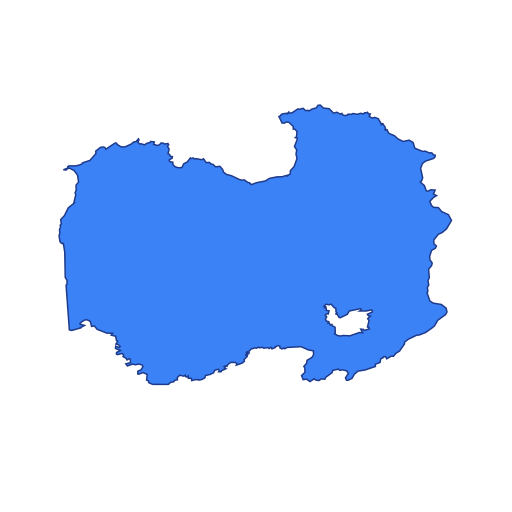 Sukabumi, Jawa Barat, Indonesia, rotated 77°
{"feature_id": "22746128B66929526216355", "entity_name": "Sukabumi", "entity_type": "district", "adm_level": 2, "iso_a3": "IDN", "parent_name": "Indonesia", "parent_adm1": "Jawa Barat", "projection": "equal_earth", "projection_center": [106.689, -7.076], "detail": "fine", "context": "isolated", "style": "filled", "palette": "blue", "viewbox_px": 512, "rotation_deg": 77, "n_neighbors": 0, "source": "geoboundaries", "source_scale": "gbopen_adm2", "svg_char_len": 6106}
<svg xmlns="http://www.w3.org/2000/svg" viewBox="0 0 512 512"><g transform="rotate(77 256 256)"><path d="M177.6,80.7L177.5,86.9L173.6,91.6L170.2,93.8L166.2,99.1L162.5,99.9L162.6,101.3L161.8,102.0L161.3,101.1L158.7,101.4L156.2,102.7L156.1,103.9L155.5,103.0L155.0,104.4L149.7,106.0L147.6,109.2L147.9,111.3L146.7,113.0L145.4,114.3L143.3,112.7L142.8,114.4L141.0,115.0L141.4,116.3L140.8,117.9L141.7,119.4L140.5,121.9L140.7,125.5L139.0,129.4L139.4,131.2L138.5,134.5L139.4,135.6L139.0,138.3L137.9,139.8L136.4,140.2L136.6,142.1L134.1,144.9L134.3,148.3L128.9,151.6L127.0,157.1L123.4,159.4L123.1,161.6L125.2,164.0L125.5,169.2L126.3,170.0L126.4,172.2L125.8,172.4L125.5,175.0L122.7,176.8L122.8,180.7L122.1,182.1L124.5,188.4L124.4,191.6L123.1,191.7L124.5,193.7L123.8,194.2L123.5,198.2L123.8,199.7L124.8,200.0L125.2,202.3L132.3,200.7L132.9,198.5L132.3,196.4L133.2,193.8L138.1,190.6L140.8,191.1L141.0,189.7L143.9,188.0L149.0,189.8L149.5,191.0L150.5,189.4L151.3,189.4L158.0,193.9L161.8,192.5L165.8,194.1L170.2,194.1L177.5,198.8L180.7,203.4L183.5,204.0L185.1,207.4L184.5,208.6L184.7,207.4L184.4,207.3L184.6,213.0L183.6,217.8L183.4,225.5L185.0,230.1L184.7,238.7L185.4,244.5L183.2,245.8L182.5,247.4L179.2,250.3L179.0,252.5L177.6,255.2L172.3,261.8L169.9,266.4L166.9,268.8L164.3,269.0L160.5,271.0L160.0,275.3L157.0,277.4L155.9,279.6L154.5,280.0L153.7,283.6L149.5,285.2L150.0,287.2L147.6,292.6L147.6,294.3L146.3,295.2L146.5,297.3L145.7,297.9L149.0,302.0L149.9,305.7L153.2,308.3L152.5,312.0L150.7,314.9L148.4,316.3L145.8,316.0L144.9,318.5L143.5,319.1L142.7,318.7L141.9,315.8L140.4,315.1L139.7,316.9L137.7,317.3L136.5,318.7L132.3,316.6L129.3,317.6L128.0,316.1L126.6,316.5L126.2,320.3L125.2,320.9L124.5,323.1L126.0,325.1L126.1,327.2L124.2,330.6L122.0,329.4L120.7,332.9L121.7,334.0L121.5,336.4L122.6,339.8L120.8,342.6L120.8,344.0L118.6,345.5L116.5,343.9L115.4,344.2L117.6,347.2L117.4,349.4L118.9,352.6L120.2,359.1L119.3,362.9L116.0,366.2L114.7,366.5L114.2,367.8L118.1,378.3L116.2,378.9L115.3,380.7L115.2,383.2L117.8,388.6L120.2,388.9L125.5,396.3L126.2,404.1L127.3,405.2L127.6,407.6L127.6,411.5L126.1,417.9L126.6,419.3L127.8,419.2L128.7,424.3L129.5,421.8L128.4,419.8L128.6,417.7L132.0,413.9L137.2,411.7L144.1,412.3L146.5,415.4L151.3,416.4L153.9,418.1L155.7,417.8L162.7,421.3L163.3,420.8L166.9,428.2L173.5,433.5L176.6,438.1L181.0,438.5L182.0,439.9L183.8,439.9L186.2,441.6L189.8,442.0L191.7,443.3L197.8,443.8L199.7,442.8L200.1,441.4L200.3,442.4L200.6,440.9L209.3,441.5L234.0,446.7L237.1,445.6L240.9,446.5L241.7,447.6L286.0,454.5L287.1,452.3L286.6,442.2L286.3,443.3L285.1,438.7L282.8,442.8L281.7,442.4L279.8,437.3L280.2,434.9L282.5,432.1L287.6,432.1L287.8,429.2L291.7,427.3L297.6,418.7L299.0,413.2L300.5,414.9L302.6,410.8L306.9,411.0L307.9,409.9L310.3,412.3L311.3,410.1L313.5,408.7L314.4,409.8L312.3,413.0L314.5,413.7L317.6,409.4L318.6,413.6L320.3,414.0L320.9,413.2L320.9,408.3L322.7,407.2L324.1,408.2L326.3,405.7L328.3,405.0L327.5,402.7L328.4,401.7L331.7,402.3L331.8,407.1L334.2,406.0L333.6,400.6L334.8,398.0L335.0,394.4L336.5,391.5L338.3,391.0L341.1,393.7L341.6,397.0L344.3,397.7L344.8,396.9L344.2,392.3L346.9,388.7L352.3,390.5L353.7,388.8L355.4,388.9L357.8,385.6L361.4,370.3L359.9,367.6L360.1,364.6L358.9,363.1L358.9,360.4L356.8,360.1L355.0,357.1L356.8,353.5L356.2,351.7L357.6,351.8L358.3,350.7L357.7,349.0L359.8,349.5L360.8,346.5L363.0,346.6L362.8,343.9L363.4,340.2L364.1,339.6L364.1,336.2L363.1,333.1L361.1,332.2L361.1,327.4L360.2,323.5L358.1,321.9L357.8,318.2L359.5,317.5L360.4,318.4L360.9,316.0L360.0,315.3L359.1,310.7L358.1,312.0L357.2,311.0L356.5,311.8L356.2,309.5L356.9,309.1L355.3,307.7L354.0,304.5L355.1,300.0L356.8,298.8L357.9,299.7L357.3,293.7L356.0,291.0L354.2,290.9L351.8,287.0L350.4,286.9L350.4,288.2L349.0,287.3L349.5,286.2L347.7,287.0L347.4,286.1L348.3,286.0L348.9,284.5L347.5,284.6L345.5,281.5L345.3,277.5L346.0,276.1L345.3,274.0L346.3,273.1L346.4,270.2L347.6,269.2L348.0,264.8L349.1,264.0L348.3,261.9L350.1,261.3L349.5,257.8L349.0,257.9L348.2,255.2L349.2,253.0L350.9,253.3L352.4,251.6L352.0,249.4L352.8,248.9L352.1,246.3L354.5,232.5L359.3,226.1L361.3,221.5L365.0,222.0L367.4,224.3L369.1,229.7L371.9,230.8L374.3,234.2L376.1,233.6L380.4,234.5L382.7,238.5L387.1,237.9L387.3,234.6L390.5,231.6L388.7,226.8L389.9,226.2L391.2,223.8L391.4,222.1L390.4,220.4L391.5,216.6L389.8,215.2L386.8,208.1L384.7,207.0L384.8,201.0L386.2,200.2L386.4,197.2L388.3,193.5L391.2,192.4L394.8,196.2L397.4,195.8L397.8,194.4L396.8,190.0L393.2,186.6L391.1,182.4L391.6,175.4L390.5,164.5L388.3,164.1L387.6,159.0L384.3,157.7L383.8,155.2L382.9,154.4L383.2,152.4L385.6,151.7L384.0,146.9L384.6,144.6L382.2,141.4L380.9,137.5L375.1,131.1L373.4,130.7L371.4,126.4L369.3,117.3L369.7,114.9L368.7,108.0L365.9,101.1L364.3,97.9L359.4,93.2L355.8,84.6L353.5,82.5L349.6,82.5L344.9,86.3L341.8,93.9L339.0,96.7L330.3,97.6L329.2,96.5L325.2,96.1L323.2,94.2L318.7,94.0L316.1,92.0L307.8,90.8L304.8,87.0L302.4,85.9L298.8,87.4L295.3,86.8L290.1,83.7L288.7,79.4L286.8,78.0L284.2,79.9L280.4,79.2L275.9,73.5L275.0,69.3L272.4,64.2L265.3,57.5L259.1,59.2L254.5,65.1L249.9,67.4L248.5,72.1L246.2,73.7L241.8,74.3L238.9,69.9L237.8,66.5L235.5,69.2L232.1,66.6L230.8,70.7L231.5,73.9L230.8,75.4L225.2,76.1L220.9,79.3L220.2,77.8L217.3,76.0L207.6,75.9L203.4,73.1L201.7,69.6L200.9,61.1L199.8,59.3L198.1,58.7L197.4,60.2L195.1,61.5L194.3,64.3L191.9,67.5L191.6,70.1L186.7,77.0L180.7,77.4L177.6,80.7ZM336.7,155.3L337.8,160.6L339.5,159.9L340.3,158.1L342.2,161.3L344.4,160.4L350.3,163.4L350.9,162.2L352.5,161.9L352.9,167.5L351.7,167.8L350.8,170.4L354.8,169.4L353.8,172.4L354.9,182.5L353.0,189.2L353.1,191.2L351.9,194.3L349.4,197.0L348.6,196.0L343.2,195.0L341.1,197.4L339.8,197.4L339.9,199.0L337.6,199.8L337.6,200.9L336.3,200.0L335.2,202.1L332.9,202.5L331.3,200.8L329.3,202.0L328.2,199.8L328.7,198.6L325.8,197.2L324.8,199.7L322.3,199.3L321.8,200.8L321.0,199.7L320.3,201.0L318.7,198.8L320.0,195.8L319.7,193.7L324.0,191.4L324.9,189.9L328.1,190.6L329.6,190.0L330.0,191.1L330.8,191.0L331.2,189.9L334.6,188.9L335.1,187.7L333.4,180.2L330.6,177.5L330.8,166.8L331.0,165.7L332.4,165.8L332.9,167.3L334.4,161.0L334.5,155.7L335.1,154.9L336.7,155.3Z" fill="#3b82f6" stroke="#1e3a8a" stroke-width="1.5"/></g></svg>